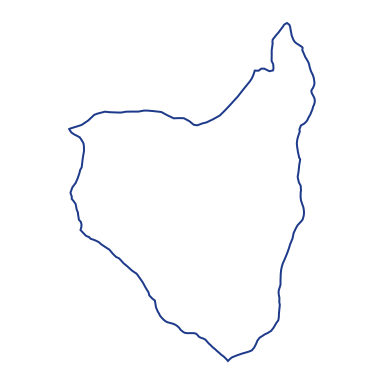 Menbi, Lhuntshi, Bhutan (Albers equal-area conic projection)
{"feature_id": "84629894B25534094545314", "entity_name": "Menbi", "entity_type": "district", "adm_level": 2, "iso_a3": "BTN", "parent_name": "Bhutan", "parent_adm1": "Lhuntshi", "projection": "albers", "projection_center": [91.176, 27.598], "detail": "fine", "context": "isolated", "style": "outline", "palette": "blue", "viewbox_px": 384, "rotation_deg": 0, "n_neighbors": 0, "source": "geoboundaries", "source_scale": "gbopen_adm2", "svg_char_len": 3572}
<svg xmlns="http://www.w3.org/2000/svg" viewBox="0 0 384 384"><path d="M69.2,129.0L70.1,130.7L71.6,132.7L74.7,134.7L77.5,136.1L79.7,137.3L81.6,140.1L83.4,143.1L83.9,146.1L84.0,151.1L82.8,158.0L82.4,161.3L81.7,167.3L80.2,169.9L79.4,173.2L77.7,178.2L75.8,182.7L72.4,187.3L70.6,192.3L70.6,193.3L71.7,196.3L71.8,199.0L73.6,201.1L75.6,204.0L76.2,206.8L76.6,209.3L78.0,212.8L78.0,214.0L78.9,219.7L80.9,222.0L81.5,224.5L81.4,226.8L80.5,230.0L83.1,232.8L86.1,235.9L89.1,237.1L90.5,238.7L95.1,240.3L98.8,242.1L101.2,244.3L106.3,247.7L109.3,249.6L112.7,253.6L116.0,256.9L119.0,258.3L121.1,260.5L123.6,263.3L127.5,266.5L132.0,270.6L136.7,273.8L140.5,279.1L142.8,282.5L145.7,287.8L148.5,292.3L149.3,295.4L152.1,298.4L154.9,300.6L155.3,303.0L155.7,305.7L156.0,307.3L156.3,308.2L157.0,309.7L157.6,311.2L158.3,312.4L159.0,313.5L159.7,315.1L160.2,315.9L161.0,316.9L163.0,319.1L164.0,320.0L165.7,321.4L167.6,322.3L169.2,322.7L170.6,323.1L172.2,323.5L174.4,324.3L175.9,325.1L177.1,325.9L179.1,327.7L180.2,329.3L180.9,330.1L182.9,331.7L184.5,332.7L185.3,332.9L186.1,333.0L187.1,333.2L190.1,333.1L192.8,333.1L194.1,333.2L195.8,333.6L196.6,334.1L197.4,334.9L198.3,336.0L199.2,336.9L200.3,337.5L201.6,338.0L203.2,338.5L204.8,339.3L205.6,339.8L207.2,341.7L208.9,343.6L211.1,345.6L212.7,347.3L215.0,349.1L216.9,350.9L219.5,353.1L221.2,354.7L222.6,355.7L224.5,357.2L225.5,358.3L226.6,359.4L227.4,360.3L227.9,361.0L230.3,358.7L231.7,357.5L236.3,355.6L242.0,353.6L244.9,352.8L248.9,351.6L251.8,350.4L253.0,349.0L254.2,347.5L255.1,345.8L256.3,343.4L257.4,340.6L258.5,339.2L259.6,337.7L262.0,336.2L264.7,334.4L267.7,333.0L271.2,330.8L273.8,327.4L276.1,323.3L278.3,320.3L278.8,317.4L279.0,313.0L279.8,304.9L279.3,302.2L279.4,297.9L278.7,294.1L278.6,292.6L278.7,290.6L280.5,284.7L280.5,280.2L280.6,278.0L280.7,274.7L281.1,270.1L281.8,266.8L282.8,263.4L284.1,260.6L287.1,253.4L288.8,248.7L290.1,244.4L291.9,240.0L292.5,238.6L293.7,232.8L294.5,231.2L295.7,228.6L297.6,225.2L301.1,221.5L302.6,219.6L303.5,216.6L303.9,214.7L304.0,211.5L303.4,207.4L302.6,205.2L302.3,204.3L301.1,200.8L300.6,197.5L300.6,196.4L300.7,192.0L301.0,190.8L300.8,187.2L300.6,185.5L299.0,182.7L297.9,178.3L297.7,176.4L298.3,173.3L299.0,167.7L299.1,165.9L299.6,162.9L299.8,161.8L300.2,159.3L299.2,157.7L297.9,151.8L297.8,151.0L297.2,147.3L296.8,143.5L297.3,139.4L298.3,135.9L299.8,131.5L299.4,129.5L300.9,125.5L302.6,124.5L304.1,123.7L306.2,121.7L307.2,120.4L308.7,117.2L310.3,114.5L312.3,109.6L313.2,106.5L314.1,104.6L314.8,101.8L314.7,99.6L314.3,97.9L313.0,95.4L311.9,93.4L311.4,91.7L311.4,90.4L313.1,87.7L314.2,85.0L314.5,82.9L314.0,79.5L313.8,78.1L312.9,75.2L310.9,71.1L309.7,67.2L309.1,64.4L308.3,62.1L306.1,58.3L305.3,57.1L303.4,52.6L302.3,50.2L302.6,47.8L302.2,47.1L300.7,46.1L297.5,44.0L296.1,43.1L294.6,41.7L293.3,39.6L291.7,35.5L290.6,29.7L290.1,26.7L289.3,24.7L286.9,23.0L284.2,24.6L282.5,27.2L280.5,29.8L278.6,32.4L276.2,35.1L274.0,37.9L272.7,39.6L272.4,42.2L272.7,43.1L271.7,50.3L271.7,55.6L271.6,60.9L273.2,64.2L273.5,68.3L273.0,70.4L269.5,71.2L268.2,70.6L266.6,69.8L264.3,68.7L261.3,68.7L258.6,70.7L254.8,70.6L253.2,75.4L251.7,78.6L249.8,81.5L247.9,83.8L242.4,90.6L237.9,96.4L229.6,105.5L224.9,110.5L219.8,115.5L217.5,116.8L212.6,119.5L206.5,122.4L202.5,123.4L197.2,125.3L193.8,124.8L189.4,121.2L183.8,118.2L178.9,118.1L173.7,118.3L167.4,115.3L161.3,112.0L153.5,111.1L147.4,110.6L143.8,110.6L138.4,111.6L130.8,111.6L125.9,111.7L121.5,112.5L117.3,112.5L109.7,112.2L104.9,111.7L97.5,113.6L94.3,114.8L91.3,117.6L88.1,120.6L81.5,125.0L75.8,126.8L70.0,128.6L69.2,129.0Z" fill="none" stroke="#1e3a8a" stroke-width="2"/></svg>